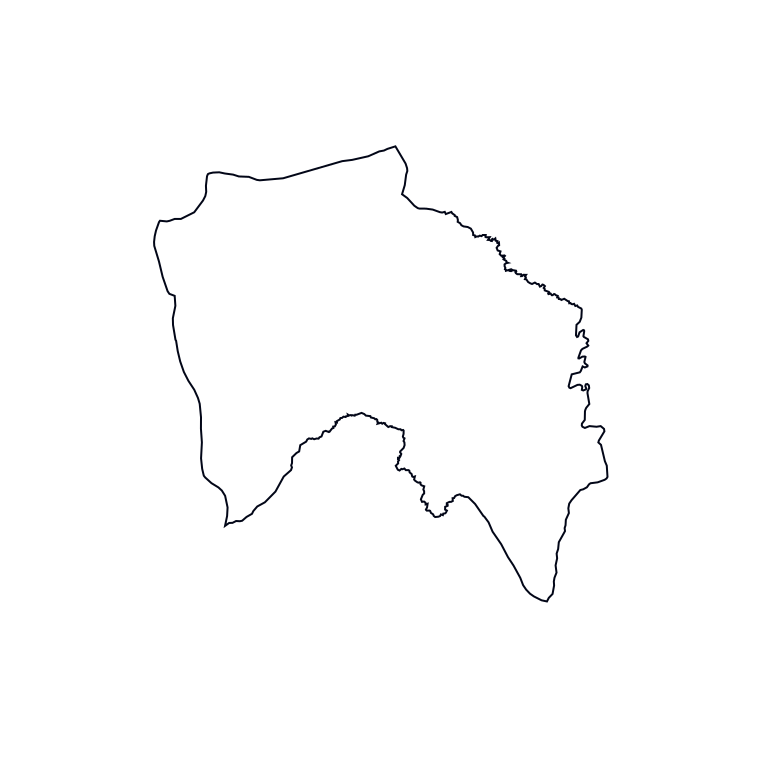 Chhaeb, Preah Vihéar, Cambodia (Robinson projection), rotated 60°
{"feature_id": "14789045B96642670477146", "entity_name": "Chhaeb", "entity_type": "district", "adm_level": 2, "iso_a3": "KHM", "parent_name": "Cambodia", "parent_adm1": "Preah Vihéar", "projection": "robinson", "projection_center": [105.534, 13.896], "detail": "fine", "context": "isolated", "style": "outline", "palette": "ink", "viewbox_px": 768, "rotation_deg": 60, "n_neighbors": 0, "source": "geoboundaries", "source_scale": "gbopen_adm2", "svg_char_len": 6165}
<svg xmlns="http://www.w3.org/2000/svg" viewBox="0 0 768 768"><g transform="rotate(60 384 384)"><path d="M427.4,592.6L426.9,587.6L428.5,584.6L428.7,580.6L430.8,577.4L431.5,575.2L430.4,569.5L430.4,563.2L428.7,560.7L426.7,555.0L426.9,546.3L422.9,531.8L414.0,517.1L412.1,507.6L410.2,505.4L408.1,505.1L406.5,503.2L401.5,500.2L400.0,494.3L400.0,491.2L395.1,487.1L395.0,480.2L393.7,478.2L393.6,476.2L395.2,474.4L395.2,473.3L396.9,472.1L397.5,469.6L398.6,468.0L397.9,466.5L398.2,464.4L395.0,460.4L395.4,457.9L397.9,455.9L397.7,455.3L398.1,455.0L396.6,451.4L396.8,449.8L395.5,449.3L396.1,447.7L395.0,445.9L392.8,445.1L393.8,444.0L392.6,443.5L392.6,440.0L391.7,438.8L392.4,437.2L392.0,435.5L393.4,433.7L393.0,433.1L393.7,431.0L392.4,430.6L393.7,429.9L394.4,428.1L395.1,427.9L395.3,426.8L396.8,425.2L396.2,424.3L396.9,423.2L397.8,417.9L400.2,416.1L402.3,415.5L405.0,411.9L406.4,412.1L408.8,409.6L410.2,409.2L410.6,408.1L411.7,407.8L413.4,408.7L414.3,408.2L415.2,409.4L416.2,405.7L417.5,405.4L417.5,403.8L418.6,402.7L419.2,403.2L423.4,401.8L423.6,399.8L424.5,398.4L425.2,398.8L427.5,396.2L430.4,394.2L431.5,392.3L432.8,392.0L433.4,390.4L434.2,390.3L437.0,392.0L438.9,393.9L440.1,394.1L441.3,393.4L443.2,395.6L444.7,395.5L447.2,396.7L449.2,399.0L450.5,403.7L451.1,404.2L453.2,404.0L454.0,404.9L454.3,406.6L454.7,406.9L455.1,406.5L456.0,408.2L455.1,408.9L456.3,409.6L457.5,409.1L458.2,410.7L459.8,411.4L460.7,414.7L465.1,414.9L466.7,413.8L466.2,411.4L467.0,410.7L467.4,408.6L469.5,408.2L470.9,405.8L471.7,405.4L473.4,406.0L475.7,405.1L478.2,405.8L479.1,405.2L479.5,403.5L481.8,405.7L483.1,405.5L485.9,404.2L486.8,403.3L487.1,402.0L487.7,401.7L489.1,402.5L490.5,402.2L492.7,400.3L495.1,402.7L496.8,402.8L498.9,404.0L499.3,405.8L502.3,409.7L505.1,410.0L505.8,408.1L507.5,407.4L509.1,408.2L509.5,406.1L512.5,408.5L513.7,410.5L514.3,410.5L515.1,410.2L516.4,407.8L517.0,407.5L519.1,407.8L521.5,406.6L523.1,406.9L524.8,406.2L526.1,403.3L526.4,401.5L525.4,399.9L527.0,398.6L525.9,397.5L526.6,395.8L526.4,394.8L525.1,392.8L523.3,393.9L520.9,392.4L521.3,389.8L520.5,389.3L519.6,389.8L518.6,389.2L518.8,386.2L519.6,384.9L519.7,382.9L517.2,381.7L517.8,380.3L516.7,378.5L516.7,376.6L517.5,373.4L519.5,372.7L520.3,371.4L521.8,370.8L524.2,367.6L533.4,365.1L548.1,363.9L549.0,363.4L556.1,362.6L566.2,363.8L581.3,362.6L595.9,363.2L606.0,362.6L620.0,362.9L627.8,364.1L633.2,363.7L638.6,362.4L642.9,360.4L650.1,355.7L653.8,351.6L651.6,348.2L650.1,343.0L643.5,337.4L640.0,335.7L637.0,333.2L633.6,328.9L626.9,326.1L621.5,321.2L617.2,319.3L614.0,315.7L608.4,311.7L601.9,300.8L599.1,299.6L597.1,297.4L592.5,294.4L588.2,288.4L583.8,286.5L580.2,283.4L578.4,279.7L574.0,267.0L574.8,264.1L574.9,259.9L573.4,256.6L573.2,254.8L576.0,248.1L577.3,240.8L577.1,238.5L576.2,236.9L566.1,231.9L561.3,231.3L545.2,226.5L541.8,227.6L540.4,226.2L535.2,216.8L532.9,215.9L528.8,217.4L527.3,221.3L523.2,227.1L522.5,232.0L520.3,233.5L518.9,233.5L517.3,232.4L515.5,228.1L508.1,223.6L506.9,222.4L505.7,220.7L504.0,216.2L493.5,212.3L492.0,211.2L490.1,208.3L487.6,207.3L485.7,207.9L485.2,209.4L486.4,210.7L489.0,211.1L489.6,211.8L489.2,214.7L488.0,215.6L485.7,213.8L484.5,213.6L482.5,214.8L481.5,216.9L480.9,224.5L479.9,225.3L478.2,225.2L469.5,216.6L471.8,208.6L471.1,207.0L468.1,203.2L470.1,201.8L470.5,199.0L469.7,198.4L466.6,199.7L465.1,199.5L461.3,195.9L460.6,196.3L459.5,198.5L459.5,202.2L459.0,202.8L458.4,202.5L453.4,196.6L452.8,194.6L453.2,189.3L452.9,187.9L449.9,188.2L448.8,185.5L447.3,185.0L443.1,187.4L442.3,187.4L438.5,184.3L437.6,183.9L436.8,184.5L437.0,188.8L439.9,192.1L439.8,193.3L437.8,193.4L429.0,187.7L428.0,183.4L425.2,179.9L418.6,175.6L417.3,175.4L414.2,177.4L412.6,177.4L412.1,179.3L409.6,179.3L409.3,180.7L408.5,181.7L407.1,182.0L406.7,183.2L404.8,182.5L404.1,183.4L400.3,185.3L399.9,188.4L398.9,188.6L397.8,190.1L396.4,189.6L395.6,190.7L394.5,189.5L393.0,190.8L391.8,191.1L391.1,191.7L391.4,193.6L391.0,194.3L389.0,194.5L388.4,196.6L387.8,196.6L387.1,195.1L386.6,195.2L383.3,198.0L381.9,197.3L380.7,197.7L379.7,195.7L377.9,196.3L377.1,197.1L377.8,198.9L377.6,200.3L374.7,200.1L374.0,201.5L371.6,202.6L371.4,205.8L369.9,207.0L367.7,208.2L364.6,208.4L363.7,209.5L362.5,207.8L361.3,208.1L360.5,206.4L359.2,208.6L359.6,210.4L359.2,211.2L358.5,210.3L357.6,210.3L355.5,213.7L353.9,214.4L352.9,214.3L352.7,213.2L351.9,213.0L349.9,215.4L349.8,217.5L348.9,218.6L348.6,218.3L349.0,216.7L348.7,216.2L348.2,216.5L346.9,221.8L345.9,221.3L345.1,221.9L344.0,220.8L342.4,220.7L340.7,219.8L340.4,217.9L341.0,216.1L340.0,216.9L338.5,216.6L335.9,218.1L335.6,217.1L333.2,217.8L332.9,217.5L333.9,216.6L333.5,215.2L332.9,215.4L331.6,218.3L329.4,218.9L327.4,216.8L325.2,218.8L322.4,218.4L321.4,216.3L321.4,214.9L319.6,214.0L319.1,213.8L319.3,214.8L318.3,215.4L317.0,214.3L315.8,215.6L313.6,214.8L313.9,216.5L313.5,217.4L312.6,217.4L312.6,218.0L314.1,219.1L313.5,219.9L312.1,220.4L311.2,221.9L309.7,219.0L308.0,222.2L307.3,222.6L305.8,221.4L304.3,224.0L304.7,225.6L303.4,226.9L303.4,228.8L302.6,229.7L302.4,231.5L300.8,231.0L299.6,232.3L297.3,231.1L292.9,231.1L289.9,233.0L287.3,236.3L285.2,237.6L282.8,237.7L280.4,239.1L278.9,238.0L276.0,237.2L273.8,238.7L273.1,238.3L270.3,239.6L268.7,239.6L267.7,245.5L265.3,245.3L264.6,247.9L263.2,249.6L257.3,254.6L253.1,260.0L249.9,265.5L248.6,266.8L244.8,268.6L234.5,270.9L228.7,273.5L222.2,266.6L213.7,260.1L211.2,257.3L208.6,256.1L203.9,255.1L183.9,255.3L182.1,263.5L181.8,267.3L180.2,271.8L178.9,283.8L174.0,299.5L170.1,308.8L155.4,368.5L145.5,389.7L143.6,392.1L137.0,397.5L131.7,405.9L127.2,410.0L122.1,416.6L118.3,420.8L115.4,426.4L114.3,429.9L114.2,431.6L115.6,433.4L123.3,439.1L128.7,441.9L131.9,444.8L134.6,449.0L140.4,462.5L139.5,477.3L136.4,482.7L135.5,488.0L134.6,490.8L130.6,496.4L131.3,497.9L137.1,504.7L141.4,508.7L146.0,512.1L149.5,513.9L165.3,517.6L180.5,522.1L195.4,525.0L198.6,524.8L203.0,521.2L212.0,525.6L221.5,534.0L227.4,537.2L241.5,542.5L242.5,542.4L252.4,546.2L262.5,549.2L273.5,551.3L283.5,551.8L294.1,551.2L303.1,552.1L309.0,553.5L321.3,559.1L331.2,564.9L343.5,570.9L356.9,579.6L366.6,583.9L373.3,585.9L375.5,585.6L383.6,583.0L390.8,579.1L395.2,577.7L401.4,577.5L412.7,581.2L419.9,585.9L427.4,592.6Z" fill="none" stroke="#020617" stroke-width="2"/></g></svg>